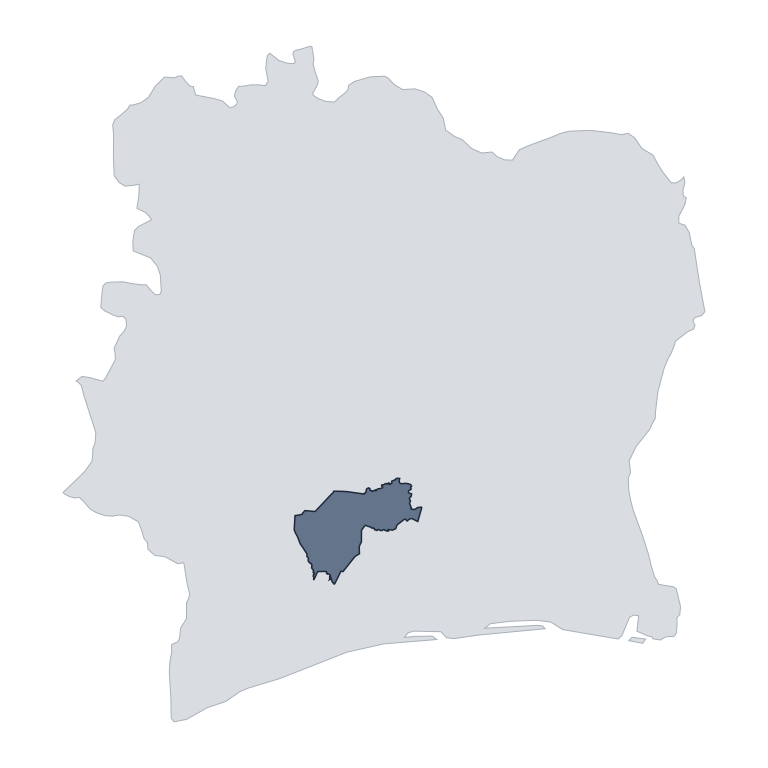 Goh, Fromager, Ivory Coast (highlighted)
{"feature_id": "98640826B83650084589555", "entity_name": "Goh", "entity_type": "district", "adm_level": 2, "iso_a3": "CIV", "parent_name": "Ivory Coast", "parent_adm1": "Fromager", "projection": "orthographic", "projection_center": [-5.701, 6.152], "detail": "fine", "context": "in_parent", "style": "filled", "palette": "slate", "viewbox_px": 768, "rotation_deg": 0, "n_neighbors": 0, "source": "geoboundaries", "source_scale": "gbopen_adm2", "svg_char_len": 9288}
<svg xmlns="http://www.w3.org/2000/svg" viewBox="0 0 768 768"><path d="M130.0,105.1L133.1,105.0L141.1,102.6L148.5,97.3L155.3,86.1L164.6,77.1L174.9,77.8L178.0,76.2L181.6,75.9L185.9,81.8L190.2,86.3L193.3,86.5L195.6,95.0L214.5,98.7L222.5,101.0L229.3,107.3L231.7,107.4L234.6,106.1L236.8,104.0L237.3,101.6L234.4,95.9L235.7,90.9L238.7,86.4L243.6,86.1L250.9,84.9L259.3,84.9L265.6,85.7L268.1,81.2L265.8,68.5L266.4,61.5L267.4,55.6L269.8,53.2L279.1,60.6L287.6,63.3L293.8,63.5L295.5,62.1L292.9,54.0L293.6,51.6L295.9,50.2L299.9,49.4L310.8,46.1L311.9,46.7L314.0,59.5L313.0,63.7L315.3,72.3L318.1,80.4L317.9,83.6L315.5,88.6L312.8,93.2L313.1,95.0L317.4,98.2L325.7,101.4L334.4,102.1L339.2,97.5L344.2,93.6L347.7,90.2L348.8,85.2L354.3,81.5L369.9,76.9L384.3,76.2L387.8,77.7L394.3,84.7L402.5,89.5L415.1,88.9L424.2,91.8L432.0,97.2L437.4,109.2L443.1,117.8L445.7,130.1L454.8,136.6L462.0,139.5L471.7,148.5L481.8,153.0L492.1,152.0L497.0,156.6L504.8,159.9L512.5,160.1L519.3,149.8L528.3,145.7L551.0,137.4L559.9,133.6L569.0,131.2L590.9,130.4L611.3,132.8L621.4,134.7L628.3,133.3L634.9,138.1L641.8,148.4L647.4,151.7L653.1,155.2L657.3,163.3L662.3,171.3L665.1,174.9L671.2,182.8L676.5,182.9L681.6,179.4L683.8,176.9L684.9,182.1L682.9,190.7L683.4,195.9L686.3,197.9L684.8,204.7L678.8,216.3L678.9,223.2L684.9,225.2L689.2,232.5L691.8,244.9L694.4,249.0L694.7,251.6L699.3,281.6L704.9,311.7L701.5,315.7L696.8,316.9L693.8,318.3L693.0,321.1L695.0,325.2L693.7,329.0L687.9,331.6L675.3,341.3L674.4,345.1L671.1,353.3L668.3,358.3L664.3,367.5L657.8,392.0L655.5,412.3L655.2,418.6L652.6,422.9L649.8,429.2L636.0,446.7L629.1,460.9L630.0,467.1L630.4,473.3L628.3,477.7L628.7,489.7L630.5,499.8L633.0,509.6L643.2,537.5L648.5,554.4L651.8,568.0L654.7,577.2L657.4,580.9L658.5,584.4L673.4,586.8L676.3,588.8L680.5,606.6L679.8,614.6L676.9,617.7L677.0,624.5L676.4,633.0L674.2,636.3L665.9,636.8L660.2,640.0L652.8,638.8L652.0,636.7L648.0,636.0L636.9,631.2L638.7,615.8L633.6,615.1L629.6,617.2L621.8,635.8L618.1,639.0L562.8,629.6L550.7,622.0L536.4,620.3L511.3,621.2L490.6,623.6L484.7,628.2L536.9,625.4L542.5,625.9L545.1,628.7L479.2,635.0L454.0,638.6L446.5,637.7L440.9,631.7L413.5,631.1L407.9,633.0L404.5,637.4L415.3,636.4L432.3,636.1L436.8,639.5L383.6,643.9L346.7,652.2L331.1,658.4L279.6,678.6L248.2,688.1L239.9,691.6L225.6,701.5L207.2,707.7L186.6,719.3L174.0,721.9L171.2,718.2L170.9,698.5L169.3,672.0L169.9,661.9L171.6,652.4L171.7,644.5L178.0,641.6L179.6,638.2L180.6,628.0L186.5,618.7L186.6,602.4L188.4,599.0L189.7,594.7L187.2,584.0L184.0,563.8L182.5,562.4L181.0,563.3L177.8,563.7L164.9,556.7L154.9,555.4L148.0,549.4L147.5,542.7L144.1,538.7L141.8,530.8L138.4,521.8L128.6,516.3L119.4,515.0L112.8,516.1L105.2,515.7L96.4,512.7L90.3,509.2L84.6,502.6L79.3,497.4L75.0,498.0L69.9,496.7L64.8,494.3L63.1,492.5L84.6,471.6L91.9,461.4L92.7,455.2L92.8,448.9L95.2,442.4L95.8,432.5L84.2,396.6L81.3,385.5L78.2,382.2L76.1,381.0L82.1,376.4L90.3,377.7L102.9,381.3L105.7,377.8L115.3,359.7L115.1,353.0L114.1,348.3L119.8,336.0L124.2,331.2L126.6,326.0L125.9,319.0L122.6,316.3L118.1,316.8L112.9,315.0L104.9,311.0L100.8,307.3L102.2,291.0L103.0,285.9L105.8,283.0L110.2,282.2L122.7,281.8L132.8,283.7L141.6,284.8L146.4,284.8L150.1,289.7L155.2,294.7L159.7,294.6L161.3,291.0L160.3,274.8L157.4,266.3L150.7,258.0L133.2,250.9L132.8,241.1L134.6,230.4L138.5,226.5L151.5,219.8L149.2,216.2L145.1,212.3L136.9,208.3L138.9,195.6L139.3,184.2L132.4,185.5L125.2,186.1L119.2,182.6L114.2,175.7L113.4,156.7L113.6,134.7L112.7,125.0L114.6,119.9L120.8,115.1L127.6,109.0L130.0,105.1ZM645.6,639.1L642.8,643.3L628.8,640.7L632.1,637.2L645.6,639.1Z" fill="#d9dde1" stroke="#a8b0b8" stroke-width="1"/><path d="M421.7,507.8L421.7,507.7L421.6,507.3L421.4,507.2L420.9,507.1L420.4,507.2L420.1,507.2L419.6,507.3L419.1,507.4L418.8,507.4L417.8,507.5L417.5,507.6L417.2,507.7L416.5,508.5L416.0,508.8L415.1,509.1L414.7,509.5L414.2,509.5L413.8,509.3L413.6,509.3L413.4,509.4L413.2,509.4L412.7,509.2L412.2,509.3L411.9,509.4L411.7,509.3L411.5,509.2L411.3,509.0L411.0,508.7L411.1,508.2L411.3,507.8L410.8,506.8L410.6,506.5L410.6,506.1L410.6,505.7L410.5,505.4L410.0,504.9L409.7,504.2L409.6,503.9L409.8,503.1L409.8,502.3L410.0,502.0L410.3,501.6L410.4,501.4L410.2,500.1L409.5,499.3L409.4,498.6L409.4,498.4L409.5,498.0L409.6,497.8L410.0,497.5L410.4,497.2L410.6,497.1L410.9,496.7L411.2,496.2L411.3,496.0L411.3,495.1L411.4,494.9L411.7,494.3L411.7,494.1L411.5,493.9L411.1,493.6L410.5,493.5L409.9,493.4L409.1,493.0L408.6,492.4L408.5,492.1L408.4,491.5L408.5,491.1L409.2,490.4L409.8,490.0L410.2,489.8L410.6,489.7L410.8,489.6L411.0,489.3L411.1,489.0L411.1,488.7L410.9,488.4L410.6,488.2L410.6,487.7L410.6,487.3L410.8,486.9L411.0,486.8L411.4,486.7L411.5,486.6L411.6,486.4L411.6,486.2L411.5,485.9L410.9,484.8L410.7,484.6L409.7,484.2L407.7,483.6L407.4,483.5L406.5,483.6L406.3,483.5L405.7,483.3L403.5,483.6L402.8,483.5L402.3,483.7L401.6,483.8L400.9,483.6L400.5,483.4L400.2,483.3L399.9,483.0L399.8,482.7L399.4,482.2L399.2,481.6L399.2,481.4L399.3,480.1L399.7,478.4L398.3,478.4L397.7,478.2L396.7,478.4L396.2,478.7L395.9,478.7L395.7,478.9L395.5,479.5L395.4,479.8L395.1,480.0L394.2,480.0L393.6,480.4L393.0,480.7L392.0,481.0L391.8,481.1L391.7,481.2L391.6,481.4L391.8,482.0L391.9,482.9L391.7,483.2L391.3,483.4L390.8,483.6L390.6,483.8L390.4,484.2L390.2,484.4L389.9,484.4L389.7,484.3L389.5,484.1L389.5,483.7L389.4,483.3L389.1,483.0L389.0,482.9L388.8,482.9L388.1,483.2L388.0,483.5L388.0,483.9L387.5,484.1L387.1,484.1L386.9,484.0L386.7,483.8L386.2,483.5L385.9,483.5L385.7,483.5L384.9,484.0L383.4,484.8L383.2,485.0L382.8,485.0L382.4,484.8L382.2,484.8L381.7,485.0L381.6,485.4L381.5,485.6L382.2,486.6L382.6,487.1L382.7,487.3L382.6,487.6L382.4,487.8L380.4,488.5L379.7,488.6L379.1,488.7L378.2,488.8L377.7,489.0L377.3,489.3L377.0,489.5L376.8,489.6L376.4,489.6L376.0,489.7L376.1,490.2L376.2,490.4L376.2,490.6L376.0,490.8L375.2,490.6L375.0,490.4L374.7,490.3L374.3,490.3L373.6,490.8L373.1,491.0L372.9,491.1L372.6,491.3L372.3,491.4L372.1,491.2L371.8,490.7L371.6,490.7L371.4,490.8L371.1,490.8L370.8,490.5L370.4,490.4L370.2,490.3L370.1,490.0L370.0,488.8L369.8,488.5L369.0,488.2L368.9,488.0L368.5,487.9L368.4,487.9L367.1,488.6L366.9,488.8L366.3,489.5L366.2,490.0L366.2,490.8L366.1,491.7L365.9,491.9L365.8,492.3L365.6,492.6L365.3,492.9L365.2,493.1L364.9,493.2L364.5,493.1L364.2,493.4L364.1,493.6L364.0,494.1L363.7,494.0L361.7,493.7L355.3,492.8L351.1,492.2L348.4,491.8L347.0,491.7L346.4,491.6L345.7,491.5L342.7,491.4L342.3,491.4L341.1,491.3L340.1,491.3L339.0,491.3L338.5,491.3L337.7,491.3L336.3,491.2L334.0,491.2L333.8,491.2L333.7,491.2L333.6,491.3L333.7,491.5L333.6,491.9L333.6,492.1L333.3,492.5L333.1,492.7L332.9,493.1L331.8,493.8L315.1,511.5L304.9,510.6L302.7,513.1L302.4,514.1L298.7,515.1L297.9,515.2L295.0,515.6L294.2,529.7L295.5,533.1L297.5,536.7L300.1,543.6L303.9,549.2L307.0,554.0L307.0,554.4L306.9,554.7L306.9,555.0L307.0,555.4L306.9,556.5L307.0,556.7L307.4,557.1L307.9,557.4L308.1,557.7L308.2,557.9L308.3,558.5L308.5,558.9L308.5,559.1L308.1,559.6L308.1,560.0L308.4,561.4L308.7,561.8L309.0,562.0L309.4,562.0L309.5,562.8L310.0,562.9L310.2,563.0L310.5,563.3L310.9,563.4L311.2,563.5L311.3,563.7L311.5,564.2L311.4,564.4L311.7,565.0L311.8,565.5L312.0,566.0L311.9,566.3L312.0,566.4L311.9,566.7L311.7,566.9L311.7,567.2L311.5,567.8L311.7,568.0L312.0,568.2L312.1,568.4L312.1,568.6L312.3,569.0L312.7,569.4L313.3,569.7L313.4,569.8L313.4,570.1L313.3,570.3L313.4,570.6L313.5,570.7L313.4,571.3L313.3,571.5L313.6,571.7L313.6,571.9L313.2,572.3L313.3,572.5L313.4,572.4L313.6,572.2L313.7,572.3L313.9,572.5L314.4,573.2L314.3,573.4L314.0,573.5L314.1,574.2L313.8,574.5L313.5,574.7L313.4,574.8L313.3,575.2L313.4,575.5L313.2,576.1L313.4,576.3L313.5,576.5L313.5,576.8L313.8,577.1L313.9,577.5L314.2,577.6L314.2,577.8L314.3,578.0L314.0,578.3L313.7,578.5L313.8,578.9L313.6,579.3L313.7,579.5L314.0,579.5L317.7,571.6L325.3,571.4L326.3,571.7L326.7,571.9L326.8,572.4L326.6,572.8L326.5,573.3L326.9,573.4L327.1,573.8L327.4,574.1L327.7,573.9L328.1,573.8L328.5,574.0L328.9,574.2L329.6,574.8L330.5,575.2L330.4,575.7L330.2,576.0L330.4,576.3L330.1,576.6L329.7,576.6L329.6,577.0L329.6,577.4L329.7,577.9L330.1,578.2L329.9,578.5L330.0,578.9L329.7,579.2L329.5,579.6L329.9,579.4L330.3,579.4L330.4,578.5L330.7,578.2L330.7,578.6L331.2,578.7L331.1,579.1L331.3,579.6L331.8,580.4L331.8,580.8L332.2,581.6L332.3,582.0L333.3,582.7L333.2,583.1L333.9,583.6L334.0,584.0L334.4,583.8L334.7,583.8L341.0,571.2L343.0,571.6L355.0,556.5L359.5,553.7L359.2,546.9L360.2,544.2L361.4,542.0L361.5,530.2L365.2,525.3L370.1,527.0L371.0,527.2L371.3,527.5L371.6,527.9L372.0,528.2L372.6,528.1L373.0,527.9L373.5,528.0L373.9,528.4L374.4,528.6L374.5,529.0L374.4,529.4L374.7,529.7L375.2,530.0L375.6,529.9L376.1,530.2L377.0,530.5L377.3,530.2L377.5,529.8L377.9,529.5L378.5,529.5L379.7,530.2L380.2,530.3L380.7,530.4L381.0,530.7L381.5,530.6L382.4,530.4L382.7,530.2L383.0,529.8L383.5,529.7L384.0,529.6L384.4,529.7L384.7,530.1L385.1,530.3L385.5,530.6L386.0,530.6L386.4,530.8L386.8,530.9L387.3,531.1L387.7,531.1L388.1,531.1L388.6,530.9L388.2,529.6L391.3,529.9L392.4,530.2L395.7,528.7L397.1,524.9L403.8,519.7L404.1,519.5L404.9,519.2L405.1,519.1L405.3,519.2L406.3,520.1L406.7,520.7L406.9,520.9L407.1,520.9L407.3,520.9L407.5,520.9L407.7,520.7L408.2,520.0L408.5,519.7L409.4,519.3L409.7,519.0L409.9,518.9L410.6,518.7L410.9,518.6L411.7,518.6L412.0,518.7L412.3,518.8L417.8,521.5L421.7,507.8Z" fill="#64748b" stroke="#1e293b" stroke-width="1.5"/></svg>